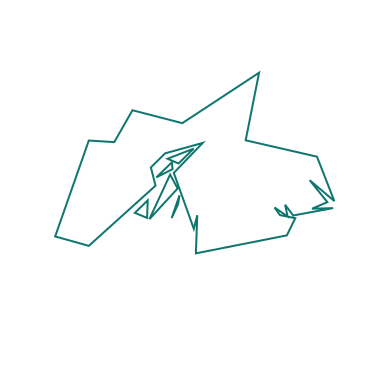 an SVG outline of Delta Amacuro, rotated 137°
{"feature_id": "VEN-65", "entity_name": "Delta Amacuro", "entity_type": "State", "adm_level": 1, "iso_a3": "VEN", "parent_name": "Venezuela", "parent_adm1": "", "projection": "orthographic", "projection_center": [-61.33, 8.902], "detail": "coarse", "context": "isolated", "style": "outline", "palette": "teal", "viewbox_px": 384, "rotation_deg": 137, "n_neighbors": 0, "source": "natural_earth", "source_scale": "10m", "svg_char_len": 760}
<svg xmlns="http://www.w3.org/2000/svg" viewBox="0 0 384 384"><g transform="rotate(137 192 192)"><path d="M304.2,223.0L322.4,252.8L232.4,300.0L214.8,281.5L179.8,292.4L152.2,249.0L61.6,233.5L117.5,193.2L76.5,132.6L94.1,88.3L97.9,120.4L99.9,92.3L115.6,97.9L99.8,84.0L134.0,105.8L132.6,119.2L138.8,108.9L142.2,124.4L143.4,115.1L134.3,102.4L152.2,95.6L231.0,144.5L204.0,171.4L215.8,163.8L192.3,218.4L150.7,220.6L185.3,238.6L205.3,238.0L214.4,221.5L304.2,223.0ZM200.1,204.4L241.6,201.2L196.1,219.7L200.1,204.4ZM190.6,222.0L208.1,227.0L186.6,227.4L190.6,222.0ZM210.5,192.6L224.7,186.8L203.4,198.1L210.5,192.6ZM161.2,222.6L182.4,222.0L187.2,233.0L161.2,222.6ZM230.1,216.1L242.5,203.7L248.0,215.7L230.1,216.1Z" fill="none" stroke="#0f766e" stroke-width="2"/></g></svg>